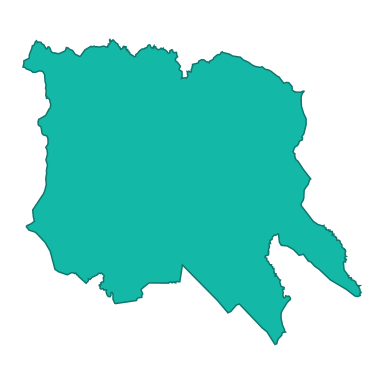 Bolikhanh, Bolikhamxai, Laos (Equal Earth projection)
{"feature_id": "54806243B38161899142036", "entity_name": "Bolikhanh", "entity_type": "district", "adm_level": 2, "iso_a3": "LAO", "parent_name": "Laos", "parent_adm1": "Bolikhamxai", "projection": "equal_earth", "projection_center": [103.824, 18.646], "detail": "fine", "context": "isolated", "style": "filled", "palette": "teal", "viewbox_px": 384, "rotation_deg": 0, "n_neighbors": 0, "source": "geoboundaries", "source_scale": "gbopen_adm2", "svg_char_len": 5812}
<svg xmlns="http://www.w3.org/2000/svg" viewBox="0 0 384 384"><path d="M31.9,48.1L29.3,54.9L29.2,58.2L23.9,60.8L23.9,63.4L23.0,67.1L24.7,67.3L26.4,68.9L30.9,70.6L32.8,72.3L35.6,72.3L39.2,70.9L42.1,71.2L42.9,71.8L44.6,74.6L45.1,81.6L46.1,85.1L45.5,88.4L46.2,89.9L45.8,96.0L46.9,96.5L46.4,97.6L46.5,98.4L48.2,98.2L49.5,99.5L50.7,104.5L50.3,107.7L49.1,109.0L45.7,115.4L38.7,119.4L38.0,121.9L38.3,125.0L41.0,126.9L42.0,133.2L43.2,134.8L46.8,135.9L47.9,138.3L48.1,143.0L47.7,144.6L45.8,147.4L47.1,149.9L47.5,154.2L45.9,159.9L47.5,164.9L46.4,170.5L46.6,173.7L45.8,178.7L46.3,184.6L44.8,190.6L43.6,193.6L32.7,210.0L33.4,217.0L34.4,221.3L30.5,224.1L27.6,225.3L26.5,226.1L26.4,226.8L29.1,230.2L34.6,231.9L36.3,233.0L45.1,242.4L50.2,251.2L55.0,269.4L58.6,271.8L67.3,274.8L71.4,272.7L73.2,272.7L74.4,273.5L76.0,273.1L76.6,274.7L77.5,274.8L78.4,276.3L86.1,283.3L88.4,280.8L88.4,278.8L90.1,279.5L92.0,277.3L97.2,274.9L98.9,273.1L100.3,273.6L101.5,273.1L104.2,275.7L103.8,277.1L103.2,277.9L103.6,279.4L103.5,281.9L101.9,282.0L100.7,283.0L101.3,283.8L101.2,284.3L99.3,284.9L99.2,285.7L100.3,286.6L100.0,288.1L101.0,289.1L103.2,288.7L103.9,290.1L106.4,289.8L106.1,292.0L107.1,294.9L107.9,296.1L109.2,296.8L110.1,296.6L110.9,295.5L110.9,293.1L111.5,292.4L112.1,292.5L113.0,294.2L113.0,299.3L114.8,303.3L115.4,303.6L136.5,300.5L137.1,298.7L138.3,297.8L141.8,297.4L141.7,295.3L142.6,294.3L142.5,293.1L141.0,290.2L141.5,289.0L149.0,282.9L166.9,283.1L167.8,282.7L168.3,283.2L170.3,281.8L172.1,282.8L172.7,282.7L172.9,282.0L174.8,282.1L174.8,282.7L175.8,282.8L175.7,282.0L176.2,281.5L179.8,281.8L182.4,264.9L217.7,300.7L228.0,312.9L230.9,311.4L236.3,305.1L239.4,304.0L262.6,328.3L266.9,331.7L275.0,344.5L276.8,343.7L277.5,340.7L278.5,338.6L281.7,335.3L281.9,333.8L282.6,332.6L285.5,332.0L284.6,331.1L284.6,330.1L282.4,324.8L281.1,318.4L281.0,314.7L281.4,312.4L282.2,310.5L287.3,302.3L290.4,299.4L290.5,298.5L289.4,296.5L288.6,296.1L288.1,296.5L285.7,295.8L285.2,297.3L284.1,297.8L283.2,297.0L282.9,294.8L283.2,292.7L282.5,289.4L283.9,289.3L284.2,287.5L281.1,286.4L279.7,281.8L280.5,280.1L279.4,279.6L276.7,276.0L276.1,275.6L275.6,276.2L275.0,276.0L276.0,274.7L276.2,273.9L274.6,273.7L274.4,272.5L274.0,272.6L273.9,268.4L272.6,268.5L272.6,266.8L271.2,265.9L271.5,264.8L269.7,264.7L268.3,261.4L267.6,261.4L266.7,260.4L266.9,258.4L264.9,257.4L265.6,255.5L266.5,255.7L268.4,254.9L268.7,253.9L268.1,252.2L268.9,251.8L268.3,250.0L269.5,246.9L269.0,244.4L269.3,243.6L270.5,243.5L269.8,240.9L270.5,240.6L270.4,240.0L272.0,239.5L272.2,237.6L273.6,235.5L276.6,234.9L277.4,234.0L278.5,234.1L279.4,242.2L281.3,245.4L287.1,245.9L293.6,249.6L299.1,255.3L303.5,254.3L308.2,261.0L310.9,262.0L314.6,266.1L318.9,269.1L330.4,279.9L346.7,289.6L354.7,295.9L357.5,296.6L360.3,295.5L359.6,293.6L360.9,293.0L361.0,292.1L360.1,291.2L359.8,289.1L358.5,286.7L359.9,285.7L357.5,285.7L356.0,283.2L355.7,281.7L353.3,280.2L351.3,279.7L351.1,279.0L351.6,278.3L351.0,277.6L349.0,278.0L348.5,276.6L349.2,275.1L348.1,276.0L347.1,273.9L344.1,270.0L343.4,263.0L343.8,262.0L345.5,262.0L345.3,260.7L346.4,259.9L345.8,258.9L345.1,259.2L344.5,257.5L346.2,256.5L345.6,256.3L345.4,254.7L344.8,254.0L345.7,251.4L345.3,249.8L344.8,249.8L344.4,248.8L343.7,248.7L342.0,247.0L341.8,244.6L340.8,243.6L339.7,240.7L338.5,240.1L336.9,240.4L336.4,237.4L335.6,237.3L335.4,236.7L333.8,235.8L333.8,234.2L332.3,234.9L332.6,233.0L332.2,231.5L330.3,231.5L330.1,230.5L329.2,231.3L328.8,229.7L327.1,230.0L325.8,229.3L326.1,228.1L324.0,226.8L324.0,225.4L322.5,225.9L317.9,224.5L313.2,221.3L301.0,205.4L301.3,203.4L303.1,200.3L303.8,198.1L304.1,190.7L304.5,189.4L308.2,184.2L309.7,179.7L310.7,178.9L303.6,169.8L297.9,161.2L295.9,159.6L294.7,156.2L294.9,153.8L293.6,152.8L293.0,151.5L294.8,147.1L297.2,145.7L298.5,144.0L299.3,141.3L302.4,139.8L302.5,137.7L301.6,136.9L303.8,133.9L306.1,124.7L306.1,118.8L303.6,113.5L301.4,106.1L301.1,97.5L302.1,93.8L304.0,91.3L303.1,91.1L300.8,92.2L295.9,92.1L294.1,91.5L292.5,90.3L292.2,89.4L292.0,86.4L288.8,82.7L286.5,82.4L283.8,83.3L278.9,76.9L277.5,76.4L270.9,71.2L268.3,69.9L265.2,69.3L262.1,66.7L260.4,67.4L255.4,66.5L252.2,65.0L248.4,62.2L243.3,59.9L240.4,57.2L232.6,56.0L229.4,54.1L222.8,52.5L222.3,51.8L221.2,52.3L220.0,54.6L217.7,54.6L216.2,55.7L213.7,57.9L213.4,58.9L212.3,59.9L209.8,61.1L209.1,62.8L207.9,61.9L206.7,62.0L203.9,59.8L201.6,59.7L198.9,61.0L198.2,63.0L192.5,64.4L192.7,65.6L192.1,66.7L192.2,67.6L191.2,69.7L191.4,71.9L190.7,72.1L188.9,71.1L188.5,71.9L187.1,71.5L187.6,73.0L187.3,74.0L188.1,75.4L186.6,78.1L186.1,78.4L185.1,77.8L183.7,77.8L181.4,78.5L182.1,76.4L182.0,71.5L179.4,69.9L179.1,69.2L180.4,66.3L177.6,62.4L175.4,60.6L175.7,58.3L177.6,56.8L176.8,55.3L176.5,52.4L173.7,52.6L173.0,51.8L172.4,50.0L171.6,49.7L169.7,51.0L170.0,52.5L168.9,53.3L167.7,52.7L167.2,51.7L165.4,50.0L163.6,49.4L163.4,48.2L161.5,49.1L161.0,48.2L159.8,49.3L157.9,49.8L155.9,47.9L155.7,46.8L154.7,46.6L154.1,47.6L154.0,45.9L152.4,48.1L151.2,47.8L150.2,45.3L149.3,44.8L148.1,45.3L146.8,47.6L144.6,48.3L144.0,49.1L142.2,48.9L139.4,50.9L137.6,53.4L135.9,54.4L135.7,56.2L134.7,56.8L129.9,53.9L129.8,52.8L128.9,52.3L128.8,51.3L128.0,51.2L127.6,49.6L126.7,50.3L126.0,48.6L126.1,46.8L124.5,46.5L124.3,46.8L124.8,47.3L123.9,47.5L123.3,46.6L122.4,48.4L120.6,49.4L119.9,47.3L118.5,46.2L117.7,43.9L116.1,43.1L113.3,40.0L112.9,39.9L111.4,41.5L109.9,39.5L109.5,40.0L110.1,42.1L109.8,43.8L108.4,44.0L108.4,45.3L107.8,45.8L107.5,47.3L103.7,46.1L98.9,47.1L96.5,46.6L95.6,47.0L94.2,46.1L91.9,46.9L91.0,46.3L84.9,49.9L80.6,56.0L79.8,56.5L75.1,54.2L72.6,50.5L69.6,49.3L67.8,47.7L67.1,48.1L66.3,47.6L65.6,50.1L64.7,51.1L59.4,53.5L57.6,53.7L55.8,53.0L52.7,52.8L51.1,51.4L49.9,48.1L49.0,46.9L48.1,46.9L46.9,48.8L46.2,48.9L43.7,44.7L41.7,43.7L41.0,42.3L38.3,42.0L37.5,42.6L36.5,40.7L35.2,42.0L34.3,44.9L32.3,45.9L31.9,48.1Z" fill="#14b8a6" stroke="#0f766e" stroke-width="1.5"/></svg>